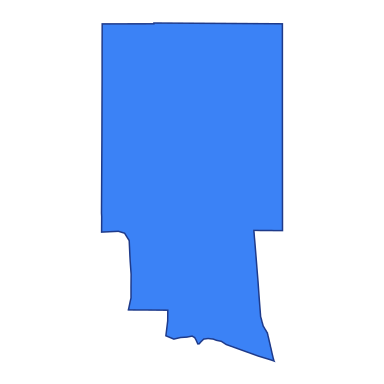 the district of Al Malha, North Darfur, Sudan
{"feature_id": "16777658B62126851922243", "entity_name": "Al Malha", "entity_type": "district", "adm_level": 2, "iso_a3": "SDN", "parent_name": "Sudan", "parent_adm1": "North Darfur", "projection": "robinson", "projection_center": [26.533, 17.176], "detail": "fine", "context": "isolated", "style": "filled", "palette": "blue", "viewbox_px": 384, "rotation_deg": 0, "n_neighbors": 0, "source": "geoboundaries", "source_scale": "gbopen_adm2", "svg_char_len": 2259}
<svg xmlns="http://www.w3.org/2000/svg" viewBox="0 0 384 384"><path d="M282.4,100.6L282.4,40.7L282.4,40.3L282.4,23.8L153.9,23.0L153.9,23.8L102.2,23.9L102.1,47.5L102.1,50.1L102.1,79.3L102.0,104.2L101.9,140.1L101.5,213.2L101.7,216.5L101.6,232.1L118.4,231.3L124.6,233.2L129.2,240.6L129.9,255.9L130.2,261.3L131.1,274.2L131.1,274.4L131.1,274.7L131.0,287.1L131.0,292.7L131.0,295.2L131.0,298.1L130.1,301.9L129.7,303.9L129.0,307.2L128.8,308.2L128.4,309.7L128.5,309.7L128.6,309.9L136.9,310.0L138.8,310.0L146.4,310.0L158.4,310.1L167.8,310.2L167.8,310.4L167.7,320.9L165.9,335.6L165.9,335.8L170.5,337.7L173.8,339.1L180.6,337.5L186.9,337.1L192.1,336.1L194.7,337.6L196.0,339.9L197.8,343.9L199.2,343.8L201.1,341.6L203.7,339.1L205.1,338.9L208.1,338.5L213.3,339.1L216.4,340.3L221.3,341.3L226.2,344.5L258.1,356.0L267.6,358.9L271.8,360.2L274.0,361.0L273.9,360.8L273.8,360.2L273.7,360.1L273.5,359.1L273.2,358.2L272.9,356.9L272.8,356.4L272.4,354.8L271.9,352.7L271.7,351.7L271.3,350.0L271.0,348.5L270.4,346.3L270.3,345.5L269.7,343.0L269.7,342.9L269.6,342.5L269.4,341.8L269.3,341.2L269.0,340.0L269.0,339.8L268.8,339.1L268.7,339.0L268.7,338.5L268.2,336.6L267.8,335.0L267.8,334.6L267.5,333.7L267.4,333.3L267.4,333.0L267.4,332.9L267.2,332.7L266.9,332.2L266.6,331.8L266.3,331.2L266.2,331.0L266.1,330.8L266.0,330.6L265.8,330.4L265.7,330.2L265.3,329.5L265.2,329.4L265.0,329.1L264.7,328.6L264.6,328.4L264.4,328.0L264.0,327.3L263.8,327.0L263.4,326.4L263.2,326.1L263.1,325.6L263.0,325.4L263.0,325.2L262.9,324.9L262.8,324.7L262.7,324.2L262.3,322.7L262.2,322.5L262.0,321.8L261.8,321.0L261.5,319.7L260.9,317.6L260.6,316.7L260.6,316.1L260.5,315.4L260.5,314.7L260.4,313.8L260.4,313.2L260.3,312.9L260.3,312.6L260.3,312.1L260.1,309.9L259.3,299.6L258.0,281.3L257.5,275.1L257.2,271.5L256.2,258.8L255.4,248.9L255.3,247.7L254.9,242.8L254.6,239.4L254.5,238.4L254.4,237.4L254.3,235.9L254.2,234.7L254.1,233.2L254.1,232.9L254.0,232.7L254.0,231.9L253.9,231.6L253.9,231.3L253.9,230.8L253.9,230.7L253.9,230.4L254.1,230.4L254.4,230.4L254.6,230.4L254.8,230.4L255.2,230.4L255.5,230.4L256.9,230.4L260.2,230.5L261.3,230.5L262.2,230.5L265.2,230.5L268.6,230.5L270.1,230.5L271.8,230.5L273.8,230.6L278.1,230.6L279.2,230.6L282.5,230.6L282.5,230.3L282.4,100.6Z" fill="#3b82f6" stroke="#1e3a8a" stroke-width="1.5"/></svg>